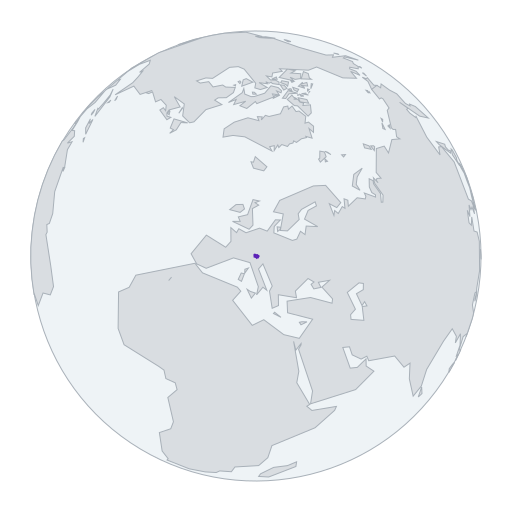 globe centered on Graubünden, rotated 31°
{"feature_id": "CHE-170", "entity_name": "Graubünden", "entity_type": "Canton", "adm_level": 1, "iso_a3": "CHE", "parent_name": "Switzerland", "parent_adm1": "", "projection": "orthographic", "projection_center": [9.485, 46.618], "detail": "fine", "context": "on_globe", "style": "filled", "palette": "violet", "viewbox_px": 512, "rotation_deg": 31, "n_neighbors": 0, "source": "natural_earth", "source_scale": "10m", "svg_char_len": 11450}
<svg xmlns="http://www.w3.org/2000/svg" viewBox="0 0 512 512"><g transform="rotate(31 256 256)"><circle cx="256" cy="256" r="225" fill="#eef3f6" stroke="#a8b0b8"/><path d="M67.3,132.9L68.5,131.1L97.8,96.1L80.2,115.1L91.6,102.0L91.3,102.3L104.8,89.4L114.2,81.3L132.2,69.3L148.3,64.6L142.2,68.0L146.7,66.9L154.7,62.8L158.8,60.5L185.3,55.0L212.5,47.7L218.8,43.7L219.2,46.3L229.6,38.2L242.9,35.4L229.3,39.8L228.9,41.3L238.6,39.6L240.3,40.9L246.0,41.0L247.2,42.9L239.1,45.9L239.8,47.3L246.6,46.1L252.1,47.6L242.0,49.0L250.6,51.9L238.7,58.6L210.6,62.8L205.3,69.7L179.8,83.3L183.4,84.2L176.0,90.6L177.4,94.3L172.2,96.3L177.8,97.6L182.2,95.2L186.2,95.1L187.4,97.2L181.1,99.8L179.5,99.2L178.3,101.1L174.6,101.6L177.1,102.5L169.3,105.8L178.8,105.8L174.0,111.1L168.4,112.5L166.8,108.1L149.6,101.9L143.3,102.8L136.2,107.9L127.3,126.1L121.3,129.2L114.9,136.5L119.1,136.5L125.7,130.9L132.1,133.2L139.4,126.6L143.0,126.8L151.4,122.2L152.5,127.6L149.0,135.6L142.1,139.9L140.3,143.7L148.8,143.8L137.7,156.3L133.7,173.0L130.5,176.0L121.0,173.7L116.2,162.6L103.9,161.5L114.2,167.3L106.3,175.5L105.9,179.2L107.7,182.0L111.6,181.0L109.4,185.1L98.4,180.4L100.2,176.6L103.7,178.0L101.4,173.0L93.9,170.8L90.5,175.6L82.8,168.6L80.3,172.1L77.2,172.8L81.8,167.5L73.4,177.2L63.8,173.3L52.2,190.4L61.1,170.9L62.7,163.2L63.7,155.9L61.6,158.5L65.6,146.5L64.6,142.7L57.3,151.8L50.4,164.9L46.7,176.7L48.7,174.6L47.8,181.8L41.7,190.6L39.0,207.3L35.3,217.0L33.6,227.0L33.9,232.8L33.7,243.1L36.0,242.0L38.6,247.0L36.2,256.4L39.5,252.8L39.6,262.0L46.3,278.6L45.1,279.4L50.3,304.5L59.9,324.3L62.1,334.5L60.5,336.8L64.7,343.1L64.9,345.9L85.0,370.0L98.2,386.5L99.7,395.3L92.5,397.4L94.9,410.6L84.3,401.7L85.9,403.7L75.9,391.3L66.7,378.2L58.5,364.5L51.4,350.2L45.2,335.4L40.1,320.3L36.1,304.8L33.2,289.1L31.4,273.2L30.7,257.3L31.6,255.3L33.3,240.2L33.5,234.7L32.5,235.5L35.0,214.8L38.4,201.1L52.7,158.8L67.3,132.9ZM48.8,195.0L46.0,219.3L44.4,210.9L45.2,211.2L46.6,203.8L48.1,193.1L47.6,186.5L48.8,195.0ZM54.8,193.6L55.0,190.2L55.2,192.9L54.8,193.6ZM160.4,59.4L154.7,62.7L146.8,66.1L151.4,63.1L160.4,59.4ZM175.5,54.2L173.3,55.8L168.4,56.1L171.2,55.1L175.5,54.2ZM222.9,40.8L217.9,42.1L222.2,40.5L222.9,40.8ZM246.6,40.8L247.4,40.1L250.0,40.5L246.6,40.8ZM150.3,119.6L150.8,120.8L149.0,121.0L150.3,119.6ZM153.4,116.5L150.9,115.8L152.0,114.2L153.5,114.7L153.4,116.5ZM254.2,43.8L258.1,44.9L252.8,44.2L254.2,43.8ZM156.3,117.8L154.3,111.6L156.3,109.0L163.8,108.6L156.3,117.8ZM259.5,45.8L269.0,48.9L271.7,47.5L269.3,53.6L262.0,48.7L255.0,48.0L259.3,47.2L259.5,45.8ZM183.1,93.6L178.4,96.2L181.2,92.1L183.1,93.6ZM183.9,91.0L186.7,79.5L194.2,77.0L191.7,81.2L200.5,76.7L202.8,81.0L198.5,84.5L193.2,85.2L198.1,86.4L183.9,91.0ZM266.5,56.7L267.6,58.1L264.9,57.3L266.5,56.7ZM187.9,94.7L187.8,92.5L194.3,90.1L195.7,94.2L193.2,93.6L187.9,94.7ZM201.7,73.5L206.8,72.7L210.0,75.9L212.4,76.0L203.5,80.9L201.7,73.5ZM192.3,95.2L196.2,96.3L194.3,99.5L188.5,96.8L192.3,95.2ZM195.4,87.8L198.6,86.9L197.3,88.7L195.4,87.8ZM189.7,111.8L189.4,108.8L192.7,107.2L189.7,111.8ZM197.8,96.6L198.5,95.5L199.8,94.6L201.9,96.0L197.8,96.6ZM206.4,83.0L206.7,84.7L210.2,81.1L212.8,83.7L206.4,86.6L210.2,86.4L211.0,87.2L204.9,88.7L206.4,83.0ZM207.9,95.0L200.7,100.0L200.4,105.6L197.4,107.1L198.3,97.8L207.9,95.0ZM206.7,91.1L206.8,93.8L203.0,94.1L200.6,92.5L206.7,91.1ZM216.8,84.4L214.6,79.8L216.0,79.3L216.8,84.4ZM208.6,96.5L210.3,95.3L209.0,96.8L208.6,96.5ZM215.2,88.0L214.1,86.3L215.9,85.8L215.2,88.0ZM214.7,94.3L212.3,95.9L210.6,94.8L214.7,94.3ZM215.5,91.4L218.1,91.1L211.4,93.4L214.8,90.7L215.5,91.4ZM216.9,87.8L217.6,87.0L217.1,88.6L216.9,87.8ZM222.5,97.9L214.5,101.1L210.7,98.6L219.0,95.7L222.5,97.9ZM480.9,242.1L480.9,243.1L479.8,236.9L479.2,238.3L476.8,227.3L471.3,217.3L471.6,227.8L469.1,221.6L461.7,217.3L460.6,232.3L460.7,265.3L464.7,282.3L462.9,295.2L450.7,282.3L443.2,268.5L440.1,275.1L426.4,270.3L406.6,287.7L402.6,284.8L399.2,290.2L389.4,291.2L382.9,285.7L377.5,289.7L394.5,303.6L400.2,299.3L403.3,287.5L407.1,293.6L416.4,294.0L410.2,319.2L378.9,354.6L374.0,342.6L340.5,314.0L340.4,309.0L340.2,308.5L339.7,307.7L338.6,316.2L332.2,309.8L352.1,332.8L356.2,343.6L378.5,355.6L376.9,358.6L383.5,359.6L402.4,343.5L402.9,347.8L395.1,372.8L367.3,410.3L370.0,422.8L366.2,434.3L346.6,447.7L346.0,453.6L335.6,458.9L333.4,462.1L323.7,467.2L308.4,472.8L284.8,476.7L285.1,475.0L276.0,471.5L264.1,457.1L271.9,448.0L270.6,440.6L253.3,422.7L257.2,411.2L252.1,406.3L241.9,407.5L235.9,401.2L229.5,400.7L188.6,400.0L175.1,389.1L156.7,357.6L163.4,348.2L162.9,334.3L207.4,293.7L218.8,298.0L256.1,292.3L261.1,294.0L258.8,306.0L288.5,317.4L295.5,306.6L320.3,309.1L335.5,304.3L337.1,281.0L312.3,288.4L305.9,278.7L324.1,263.5L345.5,257.3L343.7,253.3L328.5,248.7L331.6,238.9L323.0,246.4L327.8,249.5L322.5,254.4L317.8,251.9L319.1,248.4L312.2,248.5L307.8,265.8L312.2,270.9L295.1,277.7L300.8,286.9L296.8,292.5L285.6,279.1L285.4,273.4L266.0,259.2L264.8,265.8L282.9,279.8L278.0,279.2L276.5,289.0L273.8,281.1L254.3,264.8L237.7,269.2L219.6,292.2L209.2,293.3L199.2,287.5L202.7,263.7L225.5,264.1L227.0,256.4L219.8,244.6L227.3,246.0L227.2,241.5L235.5,241.2L244.7,230.3L252.8,228.9L254.0,215.0L258.3,212.6L256.4,221.3L259.4,227.0L279.2,223.9L282.3,220.5L281.4,211.9L287.0,212.4L283.6,204.5L293.8,199.0L278.6,199.4L277.2,190.1L282.0,181.9L278.8,179.1L271.0,192.6L270.4,198.1L274.2,202.5L270.0,218.3L263.7,221.6L257.7,205.9L248.2,209.1L247.7,196.1L269.1,166.4L279.3,159.6L301.2,166.6L300.3,172.9L291.9,173.4L301.9,181.1L300.0,176.5L304.6,177.2L304.5,169.2L307.7,169.3L302.0,161.6L306.0,160.9L309.5,165.8L312.7,154.0L320.3,150.8L319.4,148.2L316.4,146.2L328.1,143.9L326.9,142.0L322.6,142.0L317.6,138.5L313.2,131.5L317.5,131.1L319.6,133.6L330.6,138.4L335.7,145.4L337.0,144.5L333.6,138.4L320.2,132.5L316.4,128.5L322.9,130.3L320.2,129.3L319.7,127.2L323.1,124.9L316.0,122.5L303.8,101.9L309.3,95.8L316.5,99.4L312.5,86.2L319.0,81.5L315.1,81.4L310.5,75.6L308.4,76.9L306.1,76.5L293.5,63.6L293.8,60.6L283.9,55.9L281.8,56.0L281.0,57.8L269.3,53.6L271.7,47.5L276.2,47.6L274.6,44.1L285.1,45.0L293.1,44.5L305.5,48.3L310.7,48.0L309.4,46.7L315.6,45.8L332.6,49.0L324.3,51.8L299.9,50.3L310.3,51.1L309.6,52.7L314.3,54.3L321.5,55.0L321.3,53.9L341.2,66.2L361.7,74.6L356.4,68.4L358.7,66.7L377.4,73.3L408.8,97.9L412.3,97.8L416.3,100.9L421.6,107.3L416.0,102.9L416.4,105.6L412.3,102.5L419.1,112.0L413.6,108.0L421.5,117.8L424.7,118.7L420.8,111.4L430.0,122.3L433.2,121.6L439.8,128.3L455.2,153.4L461.7,169.7L463.4,173.0L462.7,174.9L466.7,186.5L471.9,192.8L473.5,197.7L477.7,216.9L476.9,213.6L475.1,218.4L478.4,231.9L479.8,231.2L480.2,234.4L480.9,242.1ZM194.5,317.6L193.8,321.9L193.8,322.0L194.5,317.6ZM370.1,261.4L381.6,255.6L373.1,244.6L376.8,241.6L372.6,239.2L372.4,243.9L361.5,236.6L365.3,229.6L362.2,224.2L358.1,226.0L353.0,240.2L368.6,250.4L367.3,257.6L370.1,261.4ZM46.5,279.0L47.0,282.9L45.7,280.2L46.5,279.0ZM42.5,213.2L42.7,217.0L42.2,220.2L41.7,218.0L42.5,213.2ZM48.2,242.9L49.2,247.6L47.5,244.2L48.2,242.9ZM45.9,222.9L47.3,239.4L44.0,233.9L43.4,223.7L44.7,228.5L45.9,222.9ZM51.3,197.1L51.0,200.0L50.0,200.9L51.3,197.1ZM54.9,195.7L54.8,195.0L55.6,192.6L54.9,195.7ZM106.9,175.8L107.7,176.3L108.8,179.7L106.8,179.2L106.9,175.8ZM122.7,188.9L118.8,195.3L120.2,190.2L116.6,190.5L115.1,180.7L128.9,177.1L122.9,180.3L122.7,188.9ZM116.9,167.2L116.3,173.4L116.4,166.8L116.9,167.2ZM218.2,218.5L221.9,221.6L219.9,226.8L209.6,229.8L212.4,222.2L218.2,218.5ZM227.5,224.9L224.4,209.2L230.6,207.1L227.7,210.8L232.1,211.0L228.5,217.2L237.5,231.1L236.3,236.6L218.0,238.4L224.6,234.5L220.7,231.6L227.5,224.9ZM205.5,176.9L204.2,171.2L219.4,173.9L218.8,179.0L208.6,182.0L203.2,177.8L205.5,176.9ZM170.0,118.9L168.5,117.4L170.2,116.5L172.9,117.1L170.0,118.9ZM189.3,110.5L178.2,125.0L175.9,123.9L172.1,134.3L164.8,135.5L167.5,128.6L158.9,137.7L158.4,132.0L153.3,138.6L160.1,123.1L159.3,118.7L163.0,123.0L169.8,121.9L172.5,120.1L179.6,112.0L181.2,102.4L188.2,100.2L192.8,101.2L193.4,103.2L188.7,103.9L193.0,106.0L186.6,108.6L189.3,110.5ZM241.6,120.4L235.8,119.4L243.4,126.1L237.1,127.8L238.3,128.5L234.6,132.1L232.2,137.8L229.0,137.9L229.5,140.1L227.0,142.7L226.6,145.9L220.7,147.2L219.7,151.3L217.5,149.6L217.3,156.3L214.8,152.0L211.4,155.3L215.6,157.8L185.1,159.6L174.2,164.5L166.5,171.1L163.2,163.4L168.4,152.5L177.9,141.7L188.8,138.5L185.4,135.8L189.6,133.6L190.5,136.6L191.6,130.6L195.3,129.7L203.7,121.5L202.9,114.0L206.0,111.1L208.2,113.5L209.7,108.9L215.9,111.6L218.2,109.6L226.7,110.6L229.6,116.9L232.0,114.2L238.5,115.1L241.6,120.4ZM224.8,98.4L229.7,104.9L228.6,109.3L214.3,105.9L211.4,107.3L202.2,105.7L203.9,99.6L206.4,100.5L209.2,100.1L207.5,102.2L211.0,100.2L214.5,101.5L218.1,100.4L218.7,102.8L224.8,98.4ZM265.5,289.1L269.2,289.3L274.6,288.1L273.7,294.5L265.5,289.1ZM252.1,278.2L255.2,277.2L256.6,285.2L252.8,285.2L252.1,278.2ZM255.7,270.2L255.2,276.6L253.3,273.1L255.7,270.2ZM259.1,220.1L262.3,218.7L263.1,220.6L261.9,223.8L259.1,220.1ZM262.8,142.4L259.7,140.7L260.3,139.4L256.7,133.2L261.1,131.6L265.0,134.8L262.8,142.4ZM333.6,286.2L330.0,291.8L327.3,290.5L329.1,288.8L333.6,286.2ZM300.9,294.6L309.0,295.7L300.6,296.3L300.9,294.6ZM267.0,139.6L265.0,137.2L268.5,138.0L267.0,139.6ZM264.1,130.2L268.0,130.5L261.2,130.7L264.1,130.2ZM398.6,415.9L380.7,438.9L371.8,443.6L372.1,440.3L380.0,428.1L390.9,419.5L396.8,411.5L398.6,415.9ZM481.3,256.5L479.7,253.1L480.2,247.5L481.0,244.8L481.3,256.5ZM465.5,283.0L469.1,288.4L467.7,293.3L465.5,283.0ZM465.6,177.2L466.9,182.1L465.8,180.1L463.5,172.7L465.6,177.2ZM444.8,134.4L449.0,140.3L450.7,143.0L449.3,141.3L444.8,134.4ZM301.8,126.0L302.0,136.1L305.0,143.0L311.3,146.1L302.5,146.4L297.8,135.7L301.8,126.0ZM303.1,104.7L297.6,102.6L299.9,101.0L301.4,101.2L303.1,104.7ZM299.9,105.2L293.4,107.4L290.2,104.6L296.0,103.4L299.9,105.2ZM280.4,123.0L280.1,126.0L277.3,125.2L280.4,123.0ZM414.0,96.3L411.7,94.6L408.4,91.1L410.9,93.2L414.0,96.3ZM395.5,79.5L406.8,89.7L415.5,98.7L415.0,97.7L421.1,103.6L419.2,102.8L409.7,93.4L404.0,87.4L398.7,83.4L391.7,77.7L386.3,74.8L381.9,71.7L385.0,72.7L395.5,79.5ZM384.2,73.8L372.3,68.1L368.2,63.8L369.8,64.1L377.0,68.4L378.8,70.4L384.2,73.8ZM368.3,65.6L369.8,67.6L355.7,66.2L351.7,65.0L360.2,63.0L362.2,64.9L366.4,66.2L368.3,65.6ZM269.6,57.5L267.8,58.0L268.2,56.8L269.6,57.5ZM305.1,77.4L302.1,76.6L302.7,74.9L305.1,77.4ZM294.2,73.6L295.6,76.0L292.3,73.6L294.2,73.6ZM299.1,81.4L295.3,77.0L301.5,81.0L299.1,81.4Z" fill="#d9dde1" stroke="#a8b0b8" stroke-width="1"/><path d="M255.3,257.5L255.2,257.6L254.9,257.6L254.9,257.4L254.9,257.2L254.9,256.9L254.9,256.7L254.8,256.4L254.7,256.4L254.7,256.2L254.8,256.2L254.7,256.0L254.6,255.9L254.5,256.0L254.4,256.0L254.1,256.2L253.9,256.2L253.8,255.9L253.8,255.7L254.0,255.6L254.2,255.4L254.3,255.3L254.3,255.2L254.5,255.2L254.5,255.3L254.6,255.2L254.8,255.1L255.0,255.0L255.2,254.9L255.3,254.9L255.8,254.9L255.9,255.0L255.9,254.9L256.0,254.9L256.0,254.7L256.0,254.4L256.0,254.2L256.0,254.3L256.3,254.3L256.5,254.3L257.0,254.4L257.0,254.5L257.0,254.8L257.4,254.9L257.5,255.0L257.8,255.1L258.0,255.0L258.0,254.9L258.2,254.7L258.3,254.5L258.5,254.6L258.6,254.8L258.6,255.0L258.5,255.3L258.5,255.5L258.4,255.7L258.4,255.8L258.5,255.9L258.6,256.0L258.6,256.3L258.4,256.3L258.2,256.3L258.2,256.2L257.9,256.0L257.7,256.0L257.5,256.3L257.5,256.5L257.6,256.8L257.8,256.8L257.7,257.0L257.8,257.3L257.8,257.5L257.7,257.5L257.5,257.4L257.4,257.3L257.3,257.2L257.2,257.0L256.8,257.1L256.7,257.1L256.6,257.3L256.2,257.3L256.1,257.2L255.9,257.0L255.9,256.9L255.9,256.5L255.7,256.6L255.4,256.5L255.4,256.8L255.4,257.1L255.3,257.4L255.3,257.5Z" fill="#8b5cf6" stroke="#5b21b6" stroke-width="1.5"/></g></svg>